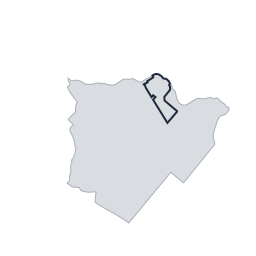 where Southern sits in Botswana, rotated 221°
{"feature_id": "BWA-2649", "entity_name": "Southern", "entity_type": "District", "adm_level": 1, "iso_a3": "BWA", "parent_name": "Botswana", "parent_adm1": "", "projection": "orthographic", "projection_center": [24.884, -24.914], "detail": "fine", "context": "in_parent", "style": "outline", "palette": "slate", "viewbox_px": 256, "rotation_deg": 221, "n_neighbors": 0, "source": "natural_earth", "source_scale": "10m", "svg_char_len": 3519}
<svg xmlns="http://www.w3.org/2000/svg" viewBox="0 0 256 256"><g transform="rotate(221 128 128)"><path d="M138.0,46.6L137.6,47.4L137.4,48.7L137.7,49.7L138.4,51.0L139.4,52.1L140.1,52.8L141.0,54.4L141.9,56.5L143.0,58.1L146.5,61.8L146.9,63.2L147.3,64.5L149.5,67.0L149.8,67.9L149.6,69.6L151.8,74.7L153.3,77.7L154.5,78.3L158.4,81.5L161.8,84.2L165.8,86.0L168.7,87.2L170.2,88.0L170.9,88.8L171.5,90.4L171.7,93.1L171.8,94.8L175.0,94.8L177.6,95.0L178.5,95.4L178.8,95.9L178.7,97.0L178.7,98.7L178.8,100.1L178.5,101.5L178.3,103.2L178.2,105.4L178.5,106.2L181.0,109.0L182.0,110.7L183.1,113.4L183.7,114.3L184.3,114.6L186.5,115.0L192.3,116.2L195.9,117.3L198.7,118.5L199.9,118.8L200.5,119.1L200.6,119.3L200.2,121.6L200.3,122.4L200.6,123.0L201.1,123.6L201.7,123.9L203.8,124.2L205.1,125.7L205.9,126.3L202.0,126.6L200.0,127.7L198.8,129.7L197.1,131.2L194.6,132.1L192.1,132.7L189.4,133.0L186.6,134.7L183.5,137.9L181.9,139.9L181.8,140.7L181.1,141.4L179.8,142.0L179.1,142.7L178.9,143.6L178.2,144.0L177.0,143.9L176.2,144.5L175.7,145.8L174.6,146.6L173.0,146.8L171.5,147.5L170.3,148.7L169.4,149.3L168.8,149.3L167.7,150.2L166.1,152.5L165.8,153.5L163.5,162.0L162.2,163.0L159.9,164.8L158.0,166.8L157.1,168.1L156.2,168.6L151.9,169.6L150.3,170.2L148.3,170.9L147.8,171.7L147.3,174.3L146.0,178.1L144.8,180.9L144.1,183.3L142.9,186.3L141.8,187.3L140.6,188.2L139.0,188.7L136.9,189.0L134.9,188.9L133.4,188.9L131.3,190.0L129.4,190.1L126.3,189.5L123.8,188.9L122.6,188.7L120.4,186.8L119.0,186.8L116.8,186.7L115.6,186.2L114.4,185.2L111.9,183.3L109.5,181.7L107.4,180.8L105.4,180.3L103.5,180.8L102.0,181.2L101.4,181.4L100.3,182.3L99.1,183.9L98.2,186.3L97.9,187.8L96.8,191.0L95.5,194.9L94.8,196.0L94.0,196.9L92.8,197.6L88.8,200.7L86.8,204.2L85.6,205.2L84.0,205.7L82.7,206.0L82.0,206.6L81.3,208.4L80.6,209.0L79.8,209.3L77.5,209.1L76.8,208.9L70.6,209.4L68.8,209.0L67.4,208.8L65.4,209.6L64.5,209.1L63.7,207.7L63.3,204.8L63.3,202.4L64.4,200.5L65.3,199.1L66.2,197.3L66.3,196.5L66.1,195.8L65.8,194.3L65.7,192.8L64.2,189.6L62.5,185.3L60.1,180.5L59.4,179.2L57.9,177.2L52.7,173.4L51.9,172.8L51.8,172.4L51.7,168.5L51.5,163.4L51.3,158.3L51.2,153.1L51.0,148.0L50.8,142.9L50.6,137.7L50.4,132.6L50.3,127.5L50.1,123.1L53.9,123.0L58.6,122.8L64.1,122.7L66.6,122.6L66.7,121.9L66.6,118.7L66.4,111.4L66.2,104.1L66.1,96.8L65.9,89.5L65.7,82.3L65.5,75.0L65.3,67.7L65.2,60.4L65.1,56.9L69.5,56.5L74.5,55.7L82.7,54.3L90.3,52.6L95.3,51.7L101.2,50.6L103.2,50.4L103.8,50.5L104.6,50.9L107.3,54.5L109.1,57.2L109.4,58.4L109.7,58.5L110.5,58.3L111.5,57.9L114.2,55.1L114.8,54.4L116.6,53.0L118.7,51.6L120.7,50.7L122.6,49.9L123.5,50.0L124.6,50.7L125.6,51.2L130.0,47.8L132.0,47.0L137.2,46.4L138.0,46.6Z" fill="#d9dde1" stroke="#a8b0b8" stroke-width="1"/><path d="M144.0,183.7L143.3,185.5L142.9,186.5L140.9,188.2L139.7,188.7L136.3,189.1L135.6,189.0L134.9,188.7L134.3,188.6L133.7,188.7L132.9,189.1L132.0,189.8L131.7,190.0L130.7,190.2L130.2,190.3L129.7,190.2L129.2,190.0L128.0,190.2L127.5,190.0L126.6,189.5L125.4,189.0L125.2,187.5L124.7,187.1L124.0,187.1L123.7,187.0L121.9,185.1L121.3,184.4L121.0,175.9L121.0,175.5L120.8,175.2L120.6,174.9L118.7,173.0L118.4,172.8L118.2,172.7L117.9,172.7L102.3,172.9L102.1,172.9L101.9,172.8L101.8,172.7L101.7,172.4L101.6,157.7L127.6,165.8L127.6,169.3L130.5,169.2L130.4,166.7L141.1,170.1L143.0,171.2L143.3,171.2L144.7,171.3L144.3,172.6L144.1,172.8L143.9,173.0L143.8,173.4L143.7,173.9L143.2,175.5L143.4,175.6L143.8,175.6L144.0,175.6L144.2,175.9L144.1,176.1L142.2,182.6L142.2,182.8L142.3,183.0L144.0,183.7L144.0,183.7Z" fill="none" stroke="#1e293b" stroke-width="2"/></g></svg>